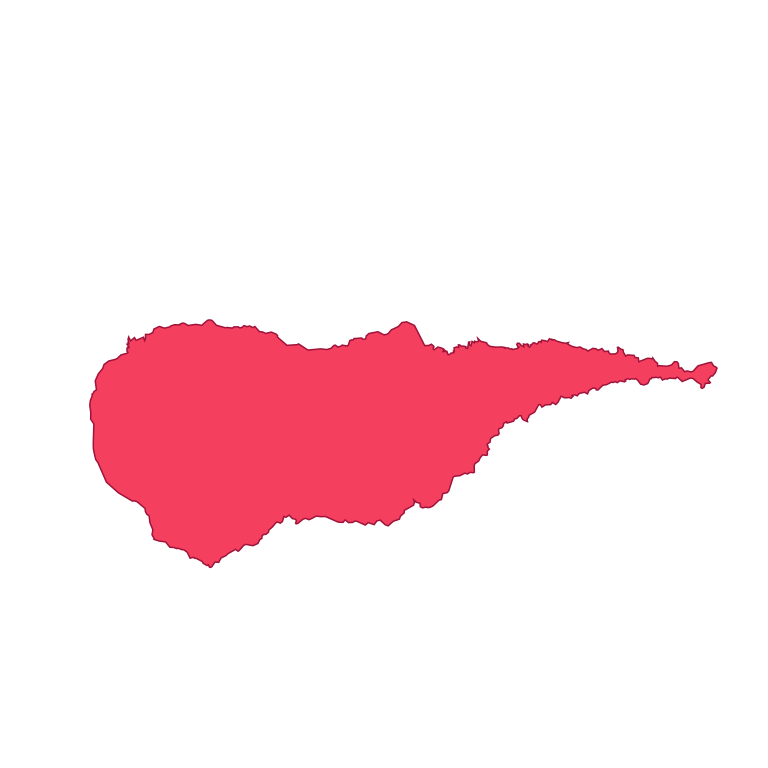 the district of Xico, Veracruz, Mexico, rotated 326°
{"feature_id": "50627088B25862533799100", "entity_name": "Xico", "entity_type": "district", "adm_level": 2, "iso_a3": "MEX", "parent_name": "Mexico", "parent_adm1": "Veracruz", "projection": "albers", "projection_center": [-97.003, 19.446], "detail": "fine", "context": "isolated", "style": "filled", "palette": "rose", "viewbox_px": 768, "rotation_deg": 326, "n_neighbors": 0, "source": "geoboundaries", "source_scale": "gbopen_adm2", "svg_char_len": 6170}
<svg xmlns="http://www.w3.org/2000/svg" viewBox="0 0 768 768"><g transform="rotate(326 384 384)"><path d="M107.4,379.2L106.9,384.2L106.5,384.3L109.9,388.6L114.6,392.8L115.2,399.6L118.1,401.8L120.4,404.8L121.4,404.9L123.7,408.2L125.4,409.6L126.8,413.6L125.8,419.9L129.2,421.2L129.5,422.5L130.9,423.7L134.1,429.6L133.8,431.5L135.8,435.5L137.2,435.6L136.9,438.3L137.7,439.1L139.1,439.2L144.3,437.1L147.2,439.4L151.8,437.1L157.1,437.9L159.8,437.4L168.5,438.1L169.5,441.0L170.8,441.1L177.5,439.3L179.8,439.7L185.0,444.8L190.3,445.7L193.9,443.6L196.4,443.7L198.0,441.7L200.0,441.4L202.0,442.6L203.7,442.5L205.6,442.1L207.0,440.6L211.6,440.1L217.2,438.5L218.8,439.2L220.2,441.4L222.9,441.2L226.9,437.9L228.3,439.7L232.0,439.7L232.8,444.4L234.6,446.1L235.0,447.3L234.9,448.5L233.1,449.7L232.9,450.7L234.5,451.4L241.2,450.8L244.0,451.6L245.7,454.4L246.9,454.8L254.2,455.7L256.9,458.3L261.4,461.2L268.8,472.9L272.6,475.8L275.8,474.9L277.0,479.0L280.6,481.2L283.3,481.4L284.9,482.9L289.6,490.5L293.4,490.1L297.2,495.1L301.5,493.5L304.7,494.7L306.2,501.2L308.1,503.9L315.1,503.0L321.2,504.7L323.6,502.8L328.7,502.1L330.2,500.2L340.7,501.0L343.0,499.3L343.9,496.8L344.6,500.0L347.1,503.0L345.5,506.1L346.7,508.3L350.0,509.5L350.7,510.6L353.1,512.0L356.2,512.5L364.5,511.1L367.0,511.9L371.5,507.7L375.4,509.4L377.8,508.9L389.2,499.9L390.6,499.8L395.9,502.5L401.1,503.1L402.9,505.3L406.0,505.4L408.4,507.5L409.6,507.7L413.1,502.1L414.9,500.9L419.4,500.8L422.4,499.0L426.1,497.9L428.9,500.4L430.0,500.6L432.2,497.4L434.9,496.9L434.7,494.3L435.5,493.7L435.5,492.1L436.4,491.5L439.4,491.5L441.9,488.8L446.6,488.7L450.0,490.1L451.7,489.5L453.0,486.5L454.5,485.4L457.5,486.2L459.8,485.2L461.1,483.6L464.4,483.8L464.2,485.2L470.6,487.3L473.0,486.0L474.9,486.9L478.5,486.0L479.9,486.9L479.2,489.9L479.6,491.9L481.9,495.4L483.2,493.0L485.2,492.5L486.9,491.1L493.3,491.5L500.7,487.6L502.0,488.6L502.0,491.5L506.1,491.6L510.7,494.3L513.3,493.5L514.9,497.0L518.0,496.4L524.0,493.2L526.1,496.6L529.9,498.7L531.1,500.4L533.7,500.0L533.5,498.7L536.1,499.6L537.6,501.9L540.5,501.0L545.6,503.0L547.2,506.0L550.4,504.0L554.9,504.2L556.8,505.7L557.1,506.3L556.7,507.7L558.0,508.6L564.8,507.4L568.1,509.0L573.6,509.7L574.8,510.9L576.8,511.2L578.1,513.3L581.4,513.3L584.6,516.7L586.0,516.7L586.0,515.5L589.1,515.9L590.3,517.7L592.1,518.0L594.5,520.1L595.7,520.3L596.5,523.2L596.6,527.6L599.0,530.2L602.3,531.0L603.9,530.7L606.9,528.6L608.7,529.1L609.5,528.4L612.0,530.1L613.1,530.2L614.9,532.3L617.0,532.9L617.0,536.4L620.0,537.0L621.7,538.4L623.8,538.6L628.8,542.6L629.8,542.1L631.2,542.6L632.6,548.7L641.2,550.4L643.3,552.3L644.7,557.5L646.6,561.6L644.7,564.3L645.3,565.5L647.4,565.7L650.8,563.2L654.3,565.4L655.4,565.3L654.9,562.2L655.3,561.5L659.7,560.2L660.9,561.1L665.0,559.9L668.8,557.2L669.0,556.3L667.3,553.1L667.6,549.2L665.7,548.2L654.5,544.5L647.2,546.3L645.3,545.6L642.4,542.5L640.1,542.0L639.7,537.0L637.4,535.8L639.5,531.6L639.3,529.4L637.3,527.9L633.0,529.0L628.5,527.5L622.0,522.4L620.9,522.2L622.3,519.8L621.4,516.5L621.4,512.8L620.9,513.3L617.0,510.1L607.8,508.0L609.4,504.5L607.0,502.5L607.3,500.1L602.3,496.1L600.0,496.0L600.2,491.7L601.3,489.1L599.9,487.7L598.8,484.5L598.0,484.2L597.0,486.6L595.7,488.1L594.3,488.5L592.7,488.4L588.5,485.8L587.9,483.6L588.5,482.2L585.0,480.4L584.5,476.5L580.3,475.7L579.4,473.2L576.9,471.2L571.4,470.7L570.9,468.6L568.5,465.7L567.4,463.1L563.9,461.4L560.5,457.4L558.6,453.5L560.0,452.8L557.6,451.9L554.7,449.3L550.9,444.7L549.9,442.4L548.3,441.8L548.2,440.7L547.6,440.8L546.4,439.0L543.2,440.2L541.6,438.0L539.1,435.8L537.7,437.4L537.1,436.1L536.0,435.5L533.6,436.5L532.7,435.9L531.9,434.1L530.4,433.3L527.6,434.1L527.2,433.5L526.6,434.5L525.2,434.8L524.7,433.6L524.8,432.7L525.2,433.0L525.6,432.4L525.4,431.1L523.1,430.1L521.9,428.8L520.6,431.4L519.4,428.8L519.0,426.0L517.4,424.8L516.2,425.4L515.8,428.1L516.4,428.9L514.3,429.1L509.8,427.3L509.7,426.3L508.2,425.7L507.3,423.7L504.9,422.1L504.7,421.3L504.1,421.6L503.1,419.7L497.1,415.8L492.9,412.0L491.9,409.5L492.0,407.1L488.0,402.6L487.3,398.7L486.5,401.0L485.7,401.4L484.1,400.7L483.1,399.2L481.9,400.3L480.8,397.9L477.5,400.9L476.7,399.0L478.6,397.0L477.6,396.6L473.3,401.2L471.8,399.9L472.8,398.9L471.0,396.9L469.5,396.3L468.4,393.6L467.4,393.2L466.4,395.3L464.7,393.8L462.3,393.2L460.7,396.0L460.0,395.5L459.4,397.0L456.5,395.8L455.1,396.2L453.5,395.6L454.4,392.1L453.4,391.8L453.6,391.0L453.1,390.6L450.3,390.3L453.1,389.7L453.1,388.7L451.8,389.0L452.9,388.6L452.1,386.7L449.3,383.5L444.8,383.7L444.4,382.4L444.9,381.5L446.1,381.3L446.4,380.4L445.5,377.5L442.7,377.1L439.2,374.9L442.0,352.5L437.6,345.2L433.3,343.1L427.9,344.4L420.4,343.2L415.5,344.6L412.9,344.0L411.3,343.0L408.2,337.3L399.8,333.7L396.2,334.2L394.3,336.1L392.9,336.0L391.7,335.2L391.1,333.3L384.6,329.6L382.9,330.2L381.4,329.1L379.9,328.9L376.3,331.7L374.7,331.9L371.0,328.3L369.5,328.5L366.4,327.6L365.4,324.6L363.9,324.0L360.3,324.8L355.9,323.5L351.2,319.5L339.9,313.3L335.6,303.0L333.9,302.8L325.2,297.7L321.9,285.6L322.8,284.4L322.5,282.3L319.5,277.9L314.2,275.9L312.4,272.9L310.5,271.4L309.9,270.1L309.1,264.1L307.0,264.0L305.0,260.7L302.7,260.0L300.5,257.3L297.9,257.7L295.9,256.9L295.0,255.0L293.6,254.1L291.5,252.7L289.6,252.9L285.3,249.2L284.1,248.9L277.9,241.6L277.1,235.8L276.4,234.3L274.5,232.9L273.2,232.5L265.7,233.4L261.3,229.3L254.4,226.0L252.5,222.2L251.2,220.9L248.5,220.3L247.8,220.8L243.4,217.7L239.7,216.6L238.4,216.9L233.2,214.9L230.0,210.7L224.0,209.8L221.2,212.0L217.1,211.6L214.0,209.5L211.5,213.2L209.8,214.2L210.7,210.7L202.9,209.2L203.1,206.0L198.0,206.5L198.6,202.3L196.8,203.8L195.5,206.7L195.0,206.5L194.9,208.0L193.2,207.3L193.3,210.8L192.7,211.2L192.0,210.2L191.1,210.5L189.3,212.9L189.4,214.7L188.1,214.8L182.2,212.8L177.2,213.7L174.9,213.3L168.7,211.0L162.8,211.3L159.5,213.8L152.7,215.9L146.3,220.0L142.4,228.0L139.2,228.1L137.9,229.0L136.2,229.2L135.5,230.6L131.2,233.6L128.2,237.1L124.8,244.0L121.2,249.0L121.1,254.9L110.1,270.2L107.0,274.9L105.0,279.5L102.8,285.4L102.9,289.2L99.0,310.2L103.0,325.8L110.0,340.5L111.5,341.0L113.5,343.6L116.3,353.5L114.9,356.3L114.5,359.2L115.5,362.0L112.4,368.1L110.8,375.7L107.4,379.2Z" fill="#f43f5e" stroke="#9f1239" stroke-width="1.5"/></g></svg>